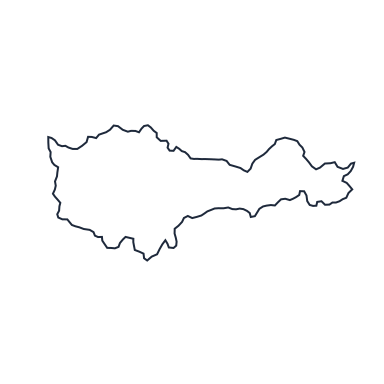 the district of Ressaquinha, Minas Gerais, Brazil, rotated 196°
{"feature_id": "56859067B79729307110792", "entity_name": "Ressaquinha", "entity_type": "district", "adm_level": 2, "iso_a3": "BRA", "parent_name": "Brazil", "parent_adm1": "Minas Gerais", "projection": "orthographic", "projection_center": [-43.769, -21.084], "detail": "fine", "context": "isolated", "style": "outline", "palette": "slate", "viewbox_px": 384, "rotation_deg": 196, "n_neighbors": 0, "source": "geoboundaries", "source_scale": "gbopen_adm2", "svg_char_len": 2689}
<svg xmlns="http://www.w3.org/2000/svg" viewBox="0 0 384 384"><g transform="rotate(196 192 192)"><path d="M345.3,205.2L343.7,199.8L341.8,194.4L338.9,191.4L337.9,186.8L334.6,182.0L331.8,180.1L327.5,178.9L326.8,173.6L326.1,169.8L326.6,164.4L324.7,160.5L324.5,156.6L325.2,152.0L322.5,149.8L319.2,147.7L315.6,145.3L315.5,141.7L314.6,137.4L315.4,133.5L313.5,130.6L309.1,130.0L304.3,131.3L301.3,129.2L298.4,127.2L294.7,126.9L290.5,127.0L285.9,126.6L279.9,127.4L275.6,126.3L273.3,123.3L269.9,122.8L266.2,124.0L264.8,120.5L262.2,118.3L258.1,114.9L254.9,115.8L250.6,116.6L247.5,119.0L247.2,123.1L245.3,127.4L243.5,130.5L239.4,130.7L235.5,130.9L234.6,127.6L232.9,124.2L231.0,120.5L226.1,120.1L221.6,119.4L219.8,115.1L216.2,113.8L212.9,118.8L208.4,122.5L207.4,128.1L206.1,133.5L204.3,138.3L201.3,135.5L199.0,132.3L194.3,133.1L192.4,136.1L193.1,140.0L195.0,143.6L197.3,147.3L198.5,151.9L195.7,155.8L193.3,160.5L192.6,164.8L189.4,167.8L184.6,167.0L180.5,169.4L176.5,172.0L174.2,174.7L171.9,177.6L168.5,180.2L165.7,182.4L162.1,183.7L157.3,185.0L152.9,187.1L148.5,186.7L144.9,187.5L141.6,189.2L137.9,189.7L133.9,189.0L130.7,187.7L128.6,184.2L124.9,186.1L123.7,190.4L122.6,194.4L119.7,197.7L116.5,199.5L112.6,201.2L108.6,201.9L106.5,205.9L104.4,209.5L100.5,211.2L95.7,211.2L93.1,213.3L90.7,215.6L88.1,218.7L88.4,222.6L84.4,223.6L81.0,220.2L78.7,215.0L75.3,212.0L71.8,212.0L68.7,213.1L68.9,217.0L65.0,218.8L60.6,216.4L56.4,217.8L54.1,220.6L50.8,221.5L47.6,223.8L45.2,226.6L42.1,229.0L41.3,234.2L38.7,238.7L42.5,241.3L45.8,243.4L50.5,244.2L50.4,249.1L47.2,251.9L45.2,255.8L44.1,260.6L44.2,264.8L47.0,263.1L49.0,258.4L53.2,255.8L59.0,256.3L63.0,260.0L66.9,257.8L72.1,256.0L75.7,250.7L79.0,248.0L83.8,249.7L87.8,252.8L91.4,255.2L95.1,257.4L94.9,261.5L98.2,265.2L101.7,267.1L104.8,269.9L108.5,270.2L112.4,270.1L117.7,269.9L121.3,267.6L125.3,265.2L125.6,260.9L127.7,258.0L129.8,254.5L131.3,251.1L133.6,247.6L136.7,244.2L140.2,240.3L141.8,235.9L142.1,230.6L144.3,226.6L148.2,227.1L152.0,228.4L157.1,228.5L163.3,228.5L167.3,231.4L172.1,231.7L175.1,230.5L178.6,229.7L183.6,228.5L188.4,227.3L191.7,226.3L195.7,225.4L199.4,224.3L202.6,223.9L206.1,226.7L209.7,228.4L213.1,228.5L216.2,230.0L219.5,231.0L221.1,226.5L224.9,225.6L227.7,227.9L227.9,231.9L230.6,234.3L236.2,232.5L241.0,234.9L242.2,239.0L245.7,240.3L249.4,242.7L252.8,244.0L256.3,242.2L258.0,239.0L259.4,234.8L263.2,235.1L267.4,234.0L270.3,232.3L275.7,232.7L281.3,234.9L285.6,234.3L288.0,229.2L291.0,225.8L293.9,223.8L297.2,221.5L299.0,217.4L303.5,217.3L307.1,216.4L307.1,210.9L310.4,206.1L314.1,201.8L318.6,200.5L323.1,200.7L326.4,201.5L329.6,200.2L333.8,200.5L338.0,203.9L341.9,205.2L345.3,205.2Z" fill="none" stroke="#1e293b" stroke-width="2"/></g></svg>